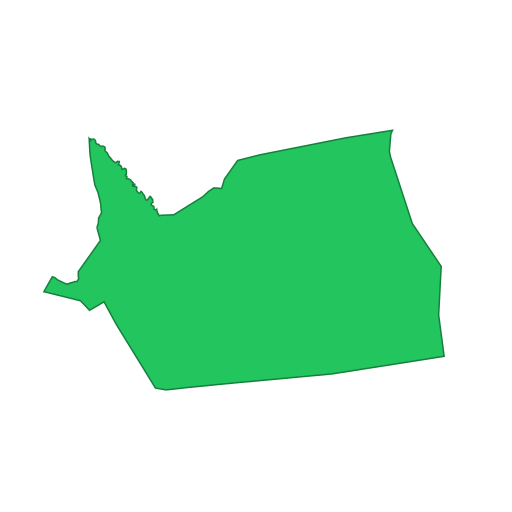 San Miguel Achiutla, Oaxaca, Mexico (Robinson projection), rotated 10°
{"feature_id": "50627088B14664801571450", "entity_name": "San Miguel Achiutla", "entity_type": "district", "adm_level": 2, "iso_a3": "MEX", "parent_name": "Mexico", "parent_adm1": "Oaxaca", "projection": "robinson", "projection_center": [-97.508, 17.31], "detail": "fine", "context": "isolated", "style": "filled", "palette": "green", "viewbox_px": 512, "rotation_deg": 10, "n_neighbors": 0, "source": "geoboundaries", "source_scale": "gbopen_adm2", "svg_char_len": 2827}
<svg xmlns="http://www.w3.org/2000/svg" viewBox="0 0 512 512"><g transform="rotate(10 256 256)"><path d="M440.2,234.1L404.3,196.9L371.3,135.1L369.2,129.9L367.6,112.3L368.6,108.5L324.2,123.9L242.0,155.8L221.3,165.1L211.6,185.7L210.4,195.6L207.5,195.7L202.5,196.3L198.1,200.6L193.5,206.7L170.1,227.7L167.8,229.7L155.7,232.3L153.7,233.2L152.4,231.4L152.2,231.5L151.2,230.3L151.3,229.8L150.7,228.9L150.4,228.5L150.1,227.4L149.8,228.0L147.6,227.8L146.9,225.3L146.7,224.9L146.4,224.8L143.7,223.7L143.9,222.4L144.5,221.6L145.2,221.2L144.4,218.5L144.2,217.9L143.7,217.9L142.3,216.2L141.3,215.7L140.2,217.8L139.5,219.4L138.7,220.1L138.3,219.9L136.5,218.3L136.6,218.0L136.0,216.6L135.0,215.3L134.3,214.9L132.9,213.2L131.5,212.3L130.7,214.2L130.0,214.4L129.6,214.4L129.3,214.3L127.0,212.4L126.9,211.5L126.6,210.0L126.8,209.4L126.2,208.7L125.9,208.6L122.4,208.6L122.0,207.1L124.2,207.3L124.2,206.5L123.4,206.6L122.3,205.2L121.5,204.9L121.1,204.3L120.4,204.3L120.0,203.6L119.3,202.8L117.9,202.4L116.4,202.1L115.6,202.2L114.9,202.3L115.1,200.0L114.0,199.7L113.4,199.6L113.5,198.7L114.1,198.0L114.1,197.9L113.7,195.2L113.5,194.4L112.9,193.0L111.4,192.4L109.4,193.9L108.7,193.7L108.4,192.6L108.2,191.8L107.4,190.9L106.9,190.4L106.6,190.6L105.5,190.0L104.7,190.1L105.0,187.7L105.0,186.7L103.2,186.8L101.7,188.4L100.9,188.4L99.7,187.7L98.0,186.9L97.0,185.9L96.1,185.1L93.7,183.2L91.6,180.4L89.1,178.6L88.6,177.5L88.9,176.8L88.2,174.9L86.2,174.3L85.0,174.8L84.2,174.9L83.7,174.7L83.0,174.5L82.4,174.0L81.6,173.4L80.5,173.4L79.4,173.2L79.0,172.8L78.5,172.4L78.3,171.4L77.9,170.5L77.4,169.9L76.8,169.4L76.1,169.1L75.5,169.1L74.8,169.3L74.5,169.4L73.7,169.7L73.2,169.8L72.8,169.6L73.0,171.0L71.3,169.4L73.5,178.9L74.5,183.2L75.4,186.4L76.9,190.9L82.5,207.1L84.0,211.4L85.0,214.1L89.3,220.8L93.0,229.2L94.4,232.8L94.8,235.1L96.4,240.3L94.4,246.0L95.0,251.0L94.5,254.7L94.7,256.3L100.1,267.7L83.7,302.3L84.5,306.7L85.3,309.3L84.1,312.2L82.1,312.6L79.8,313.9L77.6,314.8L76.5,315.8L76.1,316.2L74.9,316.1L74.2,316.7L73.1,316.3L64.8,314.0L61.3,312.1L59.0,311.8L53.3,328.0L91.0,330.6L101.4,338.3L101.5,338.4L114.3,327.5L130.1,347.4L165.0,386.7L171.9,394.5L176.6,399.8L179.9,403.5L190.4,403.5L197.0,401.7L198.6,401.2L200.6,400.6L204.0,399.6L206.8,398.8L207.2,398.6L207.4,398.6L208.4,398.3L209.4,398.0L210.3,397.7L211.0,397.5L216.2,396.1L219.7,395.1L224.8,393.7L226.2,393.3L227.3,393.0L241.4,389.0L243.8,388.4L246.1,387.7L248.0,387.2L250.2,386.6L252.5,386.0L254.5,385.4L261.3,383.5L265.8,382.3L267.7,381.8L268.3,381.6L270.3,381.1L274.0,380.1L277.1,379.2L278.3,378.9L279.8,378.5L292.2,375.1L295.9,374.1L298.9,373.3L299.3,373.2L302.0,372.4L302.3,372.4L303.5,372.0L304.7,371.7L307.2,371.0L308.1,370.8L308.7,370.6L310.4,370.1L311.3,369.9L311.9,369.7L351.4,358.9L458.7,322.1L446.1,282.3L440.2,234.1Z" fill="#22c55e" stroke="#15803d" stroke-width="1.5"/></g></svg>